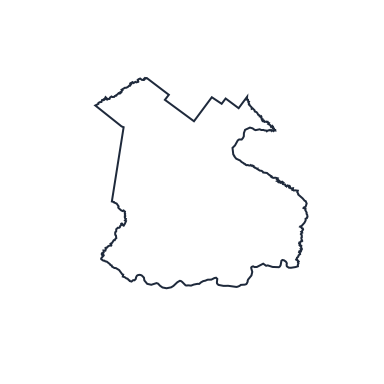 outline of Lusangazi, Eastern, Zambia, rotated 217°
{"feature_id": "96606910B89827390447979", "entity_name": "Lusangazi", "entity_type": "district", "adm_level": 2, "iso_a3": "ZMB", "parent_name": "Zambia", "parent_adm1": "Eastern", "projection": "mercator", "projection_center": [31.454, -13.775], "detail": "fine", "context": "isolated", "style": "outline", "palette": "slate", "viewbox_px": 384, "rotation_deg": 217, "n_neighbors": 0, "source": "geoboundaries", "source_scale": "gbopen_adm2", "svg_char_len": 5995}
<svg xmlns="http://www.w3.org/2000/svg" viewBox="0 0 384 384"><g transform="rotate(217 192 192)"><path d="M71.5,189.7L69.2,189.8L67.4,191.0L64.2,194.3L62.7,196.4L63.7,197.6L64.0,199.0L64.9,199.4L64.9,200.7L65.4,200.8L65.8,200.4L67.0,201.2L67.8,200.6L68.2,200.8L68.0,201.3L68.6,202.7L68.2,204.2L68.8,205.5L68.3,207.5L69.2,208.2L70.3,208.3L70.6,209.4L70.3,209.7L69.6,209.4L69.2,209.9L69.6,211.2L70.7,211.8L69.9,212.4L69.9,212.6L71.6,213.5L72.4,214.9L72.8,214.8L72.6,214.2L72.8,214.0L74.2,214.2L74.4,214.6L74.2,215.2L74.4,215.6L75.6,215.5L75.9,216.3L75.3,217.1L75.4,218.1L74.6,218.7L74.5,219.2L76.6,220.6L77.2,221.4L77.1,222.2L77.9,222.8L78.3,223.6L79.7,223.9L79.8,225.0L79.5,225.7L80.7,226.0L80.3,226.6L80.6,227.1L80.7,228.9L81.5,229.5L82.5,229.1L83.3,229.7L84.8,229.3L84.8,229.8L84.1,230.1L83.7,235.1L84.1,237.6L85.2,239.0L84.5,240.2L84.9,240.9L84.8,241.7L86.4,243.2L87.4,243.5L88.1,244.6L90.6,245.7L91.1,246.8L93.3,246.3L93.4,246.8L92.4,248.6L93.5,251.8L95.7,253.1L96.8,252.8L99.8,253.5L105.7,253.9L106.2,254.6L107.8,255.2L108.3,256.7L110.5,255.5L111.7,254.4L112.6,254.5L113.1,254.0L113.5,254.3L113.2,255.0L113.6,255.8L114.6,254.8L115.8,254.2L116.2,254.6L116.7,254.5L117.1,254.0L117.3,254.1L116.8,254.8L117.1,255.4L117.8,255.6L118.2,255.0L119.5,254.9L119.8,253.7L120.1,254.0L120.9,253.2L122.2,254.0L124.2,253.0L125.2,253.5L125.8,253.4L125.1,254.5L126.2,254.5L126.7,253.7L126.8,252.6L127.2,252.5L127.9,253.1L128.8,251.8L129.3,251.9L129.2,252.6L130.2,252.2L129.7,253.5L130.9,253.6L131.7,253.2L131.8,254.5L134.0,253.6L135.6,252.2L136.9,251.8L137.3,251.8L137.4,252.1L138.1,251.9L138.3,252.4L139.2,252.1L140.1,252.3L140.9,252.1L143.6,252.3L146.9,250.4L147.7,250.8L149.1,250.8L150.8,249.9L153.4,249.7L153.7,250.1L154.1,249.6L156.2,249.5L156.5,249.2L157.8,249.2L158.2,249.8L159.0,249.7L159.7,249.5L159.8,248.9L161.3,248.9L161.4,248.2L162.4,247.5L163.7,247.1L164.4,246.3L165.6,246.0L166.2,246.3L167.4,245.9L167.9,246.1L170.5,245.8L172.5,246.1L176.8,245.2L179.8,246.0L180.1,246.4L181.6,246.8L186.2,251.6L185.7,255.1L186.5,260.7L186.0,262.3L183.9,263.8L183.8,265.8L184.1,267.6L186.0,270.3L187.0,273.6L184.5,278.3L181.9,279.3L179.7,279.3L178.4,279.7L175.7,282.8L174.0,283.2L172.2,284.6L171.2,284.8L169.8,285.7L168.8,285.5L168.6,286.5L167.7,287.4L167.6,288.0L166.8,288.2L166.3,289.0L165.7,288.8L165.8,289.2L164.5,289.5L164.3,289.9L164.0,289.8L163.6,290.5L163.4,290.3L163.2,291.0L162.5,291.3L162.8,291.6L163.5,291.0L164.8,292.1L166.3,292.0L166.6,292.9L167.2,293.0L166.8,292.0L167.8,292.4L168.1,291.6L169.6,292.5L172.1,292.2L172.0,293.4L173.6,293.3L173.8,293.5L174.2,293.1L174.4,293.3L175.0,293.0L176.3,291.6L177.2,292.1L177.3,291.8L178.0,292.0L178.2,291.6L177.9,291.4L178.2,291.1L179.3,291.6L179.2,292.1L179.6,292.1L179.6,292.5L180.3,292.3L180.6,292.7L181.4,292.9L181.6,293.7L182.1,294.0L182.2,293.4L183.0,293.6L183.5,293.1L184.3,293.8L185.7,293.5L186.9,294.2L188.6,294.6L190.3,294.1L191.2,294.9L193.9,295.3L194.4,294.4L195.4,295.5L199.3,296.1L199.5,296.5L199.3,296.7L200.6,297.4L200.8,298.3L201.5,298.0L202.8,299.4L203.7,299.3L203.9,299.0L205.3,301.2L205.2,287.0L221.4,286.9L221.4,280.3L233.2,279.6L233.0,249.7L269.1,249.3L269.0,255.7L296.7,255.8L297.2,255.4L297.2,255.0L298.2,254.8L298.3,254.3L297.9,254.3L298.3,253.1L297.7,253.0L297.8,252.5L299.5,251.4L301.7,251.4L302.6,249.8L302.8,248.7L301.7,248.3L301.1,248.8L301.5,248.4L301.2,247.7L302.4,246.1L303.5,245.9L304.2,243.9L305.6,244.0L306.1,242.9L305.9,242.2L306.1,242.0L306.3,242.4L306.6,241.9L306.7,241.5L306.4,241.3L305.7,241.1L305.5,241.4L305.5,239.5L306.1,239.4L306.5,237.1L307.4,235.5L308.3,234.9L309.7,231.4L309.0,231.3L309.2,230.9L308.6,229.9L309.4,228.5L309.2,228.1L308.6,228.3L308.7,227.5L309.1,227.0L310.1,226.8L310.3,224.9L310.8,223.8L310.5,223.3L311.4,222.2L311.4,221.1L312.8,219.9L313.8,219.8L314.3,218.1L313.9,216.7L314.9,215.9L315.3,214.8L315.6,214.7L315.8,215.4L318.1,215.7L318.0,215.1L317.0,215.0L317.0,214.4L318.1,213.3L317.6,212.7L317.8,212.2L318.5,212.2L319.2,211.3L318.5,209.4L319.9,208.0L320.3,206.6L319.8,206.0L321.3,202.9L287.7,202.0L285.6,202.6L250.3,136.2L248.3,137.0L248.1,136.7L245.2,137.4L242.0,136.4L241.8,135.5L241.1,135.0L237.6,134.7L236.0,135.0L235.5,136.1L234.5,135.9L234.2,136.4L234.3,136.0L233.7,136.0L233.1,134.7L232.2,134.3L232.1,133.7L231.0,132.8L231.1,132.3L230.6,132.1L230.5,131.4L229.2,130.5L228.6,130.7L228.2,129.7L228.3,129.0L227.2,129.1L226.5,126.2L226.3,124.0L227.0,123.9L228.7,124.7L229.3,124.4L229.4,123.8L228.6,123.1L228.9,121.7L228.4,120.3L228.8,119.4L229.7,118.9L230.1,116.7L228.8,114.8L229.1,113.7L228.3,112.5L227.5,111.6L226.6,111.5L224.7,109.6L225.0,108.7L224.7,107.0L225.5,106.4L225.2,103.3L225.9,101.7L224.4,101.1L224.3,100.5L225.6,99.6L226.4,98.0L226.3,96.6L227.0,96.1L227.4,95.2L226.5,94.7L225.9,93.0L227.5,92.0L226.1,90.5L226.2,89.9L227.0,89.2L226.8,88.1L225.7,87.5L225.2,88.5L224.7,88.5L224.3,88.2L224.6,84.8L224.4,84.0L224.0,83.7L221.5,83.8L220.6,84.5L219.5,84.4L218.2,85.1L214.1,85.0L213.2,84.6L211.9,85.0L211.1,84.3L208.2,84.6L207.1,85.4L203.2,85.8L198.2,84.3L197.2,84.6L196.4,82.8L194.4,83.5L192.3,83.5L191.3,84.0L189.7,83.6L188.8,83.8L188.2,83.4L186.4,84.1L185.9,86.2L184.8,86.9L184.6,88.8L185.3,90.1L185.6,91.8L185.4,92.7L184.3,94.1L183.1,94.8L181.8,95.1L178.9,94.7L176.8,92.7L172.5,91.7L168.7,93.4L165.5,97.9L163.9,98.4L161.2,97.9L158.1,98.0L154.4,99.8L151.3,103.3L150.3,105.8L149.4,111.1L148.3,113.7L147.4,114.2L145.9,114.3L141.0,113.6L139.8,114.2L139.1,115.0L136.4,116.7L134.9,119.1L132.5,121.8L130.9,123.0L130.4,125.4L129.4,127.6L128.0,129.2L126.8,131.3L123.8,133.7L122.3,136.8L121.2,138.0L119.5,137.8L117.8,134.9L116.9,134.0L115.0,133.7L110.3,136.0L106.6,138.9L99.4,142.9L98.6,143.8L97.5,145.6L97.1,147.2L94.1,149.8L93.2,151.1L93.2,152.0L93.6,153.9L94.2,154.7L94.5,155.9L94.3,161.1L95.8,164.5L98.6,166.6L99.3,167.4L99.2,168.2L98.5,169.4L96.9,169.7L95.1,171.1L92.0,177.6L88.4,177.7L87.3,179.0L82.6,180.6L77.4,184.2L77.0,185.4L77.2,186.9L79.2,190.9L78.9,192.1L77.5,192.8L75.2,192.9L74.0,192.5L73.2,191.9L72.6,190.7L71.5,189.7Z" fill="none" stroke="#1e293b" stroke-width="2"/></g></svg>